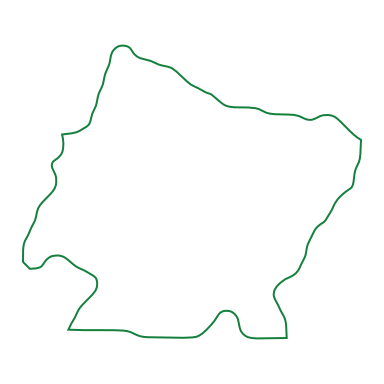 Castillo, Duarte, Dominican Republic
{"feature_id": "3306468B31891639272972", "entity_name": "Castillo", "entity_type": "district", "adm_level": 2, "iso_a3": "DOM", "parent_name": "Dominican Republic", "parent_adm1": "Duarte", "projection": "mercator", "projection_center": [-70.034, 19.235], "detail": "fine", "context": "isolated", "style": "outline", "palette": "green", "viewbox_px": 384, "rotation_deg": 0, "n_neighbors": 0, "source": "geoboundaries", "source_scale": "gbopen_adm2", "svg_char_len": 2850}
<svg xmlns="http://www.w3.org/2000/svg" viewBox="0 0 384 384"><path d="M361.0,139.9L357.4,137.6L353.4,134.4L349.6,130.8L341.0,122.1L337.2,118.6L334.5,116.7L331.4,115.5L328.2,115.0L323.5,115.2L320.4,116.0L315.4,118.5L312.8,119.5L311.4,119.8L308.4,119.8L305.6,119.1L299.1,116.1L294.5,115.0L289.6,114.6L274.5,114.2L269.7,113.6L266.6,112.8L265.2,112.2L258.6,109.0L255.4,108.2L248.5,107.5L234.5,107.3L229.4,106.7L226.1,105.8L223.1,104.2L220.4,102.1L211.2,94.3L205.8,92.4L198.0,88.1L193.7,86.1L190.8,84.5L186.8,81.3L176.5,71.6L172.4,68.5L170.8,67.7L167.8,66.7L161.6,65.4L158.6,64.5L150.6,60.9L140.0,58.1L137.3,56.7L135.1,54.9L133.3,52.9L130.4,48.5L129.4,47.6L128.2,46.8L126.9,46.2L124.0,45.6L121.0,45.7L119.5,46.0L118.0,46.5L115.5,48.1L113.4,50.3L111.9,52.8L110.9,55.8L109.8,62.0L109.0,65.0L105.5,73.1L104.6,76.2L103.0,84.0L101.9,86.9L98.8,93.5L97.9,96.6L96.7,102.8L95.9,105.9L92.2,113.9L90.4,121.1L89.4,123.7L88.6,124.9L86.5,126.7L79.3,131.0L76.6,132.2L71.8,133.3L62.1,134.5L62.9,138.5L63.4,143.5L63.1,148.4L62.5,151.5L61.2,154.3L59.4,156.5L57.5,158.3L53.5,161.2L52.7,162.2L52.2,163.3L51.9,164.6L51.8,165.9L52.4,168.4L55.3,174.5L56.1,177.5L56.3,182.2L55.8,185.4L54.6,188.5L52.7,191.4L50.4,194.0L41.9,202.8L39.8,205.5L38.1,208.5L37.1,211.5L35.8,217.7L34.9,220.7L30.9,228.5L28.5,234.3L25.0,240.8L24.0,243.7L23.4,246.9L23.1,250.2L23.0,261.9L29.8,268.8L36.0,268.4L38.8,267.7L40.1,267.2L41.3,266.5L42.2,265.6L45.2,261.2L47.0,259.2L49.3,257.4L50.6,256.7L52.1,256.1L55.2,255.6L58.4,255.5L59.9,255.7L63.1,256.6L64.6,257.4L67.3,259.3L73.7,264.7L76.4,266.7L79.2,268.2L84.8,270.7L93.3,275.7L95.4,277.5L96.2,278.7L96.7,280.1L97.2,283.1L97.0,286.1L96.7,287.7L95.5,290.6L92.6,294.4L83.3,303.9L81.1,306.3L79.1,308.9L77.6,311.7L75.0,317.3L71.2,323.8L68.4,329.7L82.8,330.1L114.3,330.2L123.5,330.6L127.0,331.1L130.4,332.0L137.0,335.1L140.1,336.2L143.7,336.9L147.3,337.2L183.3,337.8L192.6,337.4L196.2,336.8L197.9,336.2L199.5,335.4L202.4,333.5L206.3,330.0L211.1,324.9L214.4,320.9L218.5,314.7L220.3,312.6L222.9,311.3L224.3,310.9L227.3,310.8L230.3,311.3L231.8,311.9L234.2,313.6L236.2,315.8L237.6,318.3L238.1,319.8L239.6,327.2L240.5,330.1L241.1,331.4L242.9,333.8L245.2,335.7L246.5,336.5L248.1,337.2L251.6,338.0L257.0,338.4L286.7,338.0L286.2,326.4L285.9,323.1L285.2,319.9L284.2,317.0L280.6,310.5L278.0,304.9L274.6,298.6L273.8,295.7L273.7,294.1L274.2,291.0L274.8,289.5L276.6,286.7L278.8,284.3L281.3,282.1L285.3,279.2L290.9,276.6L293.5,275.1L295.8,273.3L297.7,271.1L299.3,268.5L301.2,264.3L304.5,257.8L305.6,254.9L307.0,247.0L307.9,244.0L314.5,230.5L316.2,228.1L318.2,226.1L320.3,224.4L323.8,222.1L325.6,220.2L331.5,210.5L334.8,203.5L337.6,199.4L339.8,196.9L343.5,193.5L345.9,191.6L350.5,188.4L351.5,187.5L352.2,186.3L352.8,185.0L353.5,182.2L354.4,174.5L355.0,171.4L355.9,168.5L359.0,161.8L359.8,158.7L360.4,153.8L361.0,139.9Z" fill="none" stroke="#15803d" stroke-width="2"/></svg>